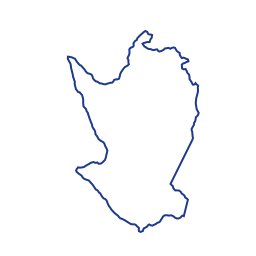 Itabela, Bahia, Brazil, rotated 193°
{"feature_id": "56859067B84732320584275", "entity_name": "Itabela", "entity_type": "district", "adm_level": 2, "iso_a3": "BRA", "parent_name": "Brazil", "parent_adm1": "Bahia", "projection": "robinson", "projection_center": [-39.521, -16.666], "detail": "fine", "context": "isolated", "style": "outline", "palette": "blue", "viewbox_px": 256, "rotation_deg": 193, "n_neighbors": 0, "source": "geoboundaries", "source_scale": "gbopen_adm2", "svg_char_len": 4083}
<svg xmlns="http://www.w3.org/2000/svg" viewBox="0 0 256 256"><g transform="rotate(193 128 128)"><path d="M53.5,71.6L54.8,72.5L56.7,73.2L57.6,74.6L58.6,75.3L60.2,75.9L61.4,76.7L62.3,77.7L64.0,78.5L66.1,78.3L67.9,77.8L69.3,78.7L70.4,79.8L71.2,81.4L72.8,82.3L74.0,83.1L62.6,131.0L62.4,132.6L63.1,134.3L63.9,136.6L64.4,138.4L65.3,139.8L65.8,141.5L65.2,143.6L64.5,145.7L64.8,147.8L64.1,149.5L64.1,151.7L64.3,153.8L63.2,155.3L62.6,156.8L62.6,158.8L63.7,159.9L65.4,161.9L66.5,164.8L67.4,166.7L67.8,168.9L68.2,172.5L68.0,178.9L68.5,181.3L69.1,183.0L69.1,184.9L70.2,185.6L71.3,186.0L72.3,186.9L73.0,185.5L74.3,184.8L75.4,185.7L76.6,187.2L77.7,188.2L79.0,189.4L79.6,191.7L80.5,193.7L82.3,194.9L83.2,196.0L84.2,197.4L85.1,198.4L87.0,197.7L88.7,198.2L89.4,200.4L89.8,201.9L88.8,203.3L87.4,204.0L86.0,205.4L84.1,206.5L85.0,208.3L86.4,208.4L88.1,208.8L89.9,209.0L91.3,208.2L92.5,209.3L93.9,210.7L94.5,212.7L96.6,213.4L98.0,214.3L99.1,215.4L100.3,216.7L101.8,216.7L103.3,215.9L104.6,214.7L106.5,215.2L108.1,214.5L109.8,213.9L111.0,212.1L112.9,210.5L114.6,209.6L116.1,210.0L117.2,211.1L118.7,210.7L120.3,209.7L122.0,209.6L123.2,209.9L124.6,209.8L126.0,209.7L127.5,210.1L128.8,210.7L130.4,211.2L132.8,213.4L131.5,214.5L130.1,215.2L129.0,215.9L127.7,216.3L126.3,216.6L126.2,218.2L126.0,219.7L125.3,220.9L125.3,222.4L125.4,224.0L126.8,224.2L128.3,223.9L129.5,224.2L130.8,225.9L133.0,226.4L134.2,225.0L135.2,223.6L136.6,221.7L137.9,219.6L139.1,217.6L139.3,215.7L140.6,214.5L141.2,213.2L141.7,211.7L141.0,209.9L141.3,208.4L142.4,207.5L143.7,206.5L144.4,205.0L143.9,203.3L143.4,201.3L143.4,199.4L143.9,197.6L144.2,196.0L143.3,194.9L142.7,193.7L142.3,191.8L141.5,190.2L142.5,188.7L143.6,187.7L144.7,186.7L145.7,184.9L146.5,182.9L147.4,180.5L147.7,178.8L147.7,177.0L147.7,175.2L148.0,173.8L149.3,173.0L150.8,172.6L152.3,171.8L152.7,170.2L153.6,168.6L155.6,168.0L157.2,167.0L158.5,166.4L159.6,165.5L160.9,165.3L162.5,165.3L164.2,165.4L165.7,165.2L167.2,165.9L168.5,166.3L169.7,166.2L171.0,166.8L172.4,167.7L173.4,168.7L174.1,170.2L175.5,171.8L177.4,172.2L179.7,172.3L181.6,173.4L182.7,174.4L183.8,175.5L185.3,176.5L186.7,177.5L187.9,178.3L189.2,178.5L190.3,179.3L191.6,180.2L193.4,181.7L195.2,183.5L197.4,184.0L198.9,184.2L200.7,184.2L202.5,184.0L202.3,182.1L201.1,180.5L199.6,178.9L198.4,177.5L197.6,175.5L196.9,173.5L196.1,172.1L195.5,170.8L194.7,169.4L193.9,167.7L193.1,165.6L191.9,163.9L191.2,162.5L190.2,161.1L189.9,159.2L189.3,157.6L188.4,156.0L187.6,154.3L186.0,153.0L184.6,151.8L183.1,151.9L181.6,150.7L180.3,149.9L179.3,148.2L178.5,146.7L177.8,144.8L177.4,142.6L176.9,141.0L176.3,139.2L174.9,138.1L173.3,137.2L172.2,135.2L170.6,133.8L169.6,131.9L168.3,129.8L167.3,128.2L166.2,126.6L165.6,125.5L164.5,124.2L163.7,122.8L162.9,121.1L161.6,119.7L160.4,118.7L159.2,117.1L158.4,114.8L157.0,113.5L155.9,112.7L154.6,111.0L152.8,109.8L150.8,109.2L149.0,108.6L147.7,107.7L146.9,106.5L146.2,105.4L145.3,104.3L144.2,103.1L143.0,101.2L143.0,93.7L143.3,91.6L144.2,90.2L145.2,88.6L146.6,87.1L148.6,86.6L150.3,87.5L151.5,86.8L152.8,86.8L153.9,87.1L155.5,86.2L156.7,85.5L157.7,84.3L158.9,83.3L159.8,82.5L161.1,81.3L162.1,80.1L163.2,79.6L164.3,79.1L166.0,78.5L167.7,78.5L168.7,76.4L169.0,74.7L167.9,73.5L166.5,72.9L165.4,72.2L163.9,71.8L162.2,70.9L161.3,69.9L160.2,69.0L158.7,68.5L156.3,68.2L154.5,68.1L153.3,67.3L152.1,66.4L150.5,65.4L148.5,63.7L147.1,62.3L145.5,60.8L144.0,60.5L143.0,59.8L141.9,58.7L140.3,58.0L138.8,56.3L137.6,55.1L135.9,53.9L134.3,53.7L132.7,52.7L131.4,50.8L130.2,49.1L129.1,47.8L127.6,46.5L126.7,45.6L125.6,44.6L123.8,43.4L122.1,42.2L120.5,41.4L119.1,40.8L118.0,40.3L116.6,39.1L115.1,38.2L113.6,38.2L111.1,37.6L107.0,36.2L105.3,35.6L103.4,35.0L101.4,35.3L99.8,35.6L98.3,35.2L97.4,34.4L96.2,33.8L94.8,33.0L94.7,31.4L94.1,29.9L92.3,29.6L90.3,31.1L90.2,33.5L88.5,35.0L87.2,36.2L86.5,37.9L85.6,38.8L83.9,38.3L82.2,38.4L80.8,39.6L79.5,40.5L78.1,42.2L76.3,43.3L75.5,44.8L75.1,46.4L74.4,47.8L74.1,49.4L73.0,50.9L71.6,51.5L70.1,51.8L68.2,51.9L66.1,52.7L64.2,52.3L61.9,51.2L59.9,50.8L58.3,51.3L56.7,52.5L55.9,54.1L54.9,55.0L53.8,54.7L53.5,71.6Z" fill="none" stroke="#1e3a8a" stroke-width="2"/></g></svg>